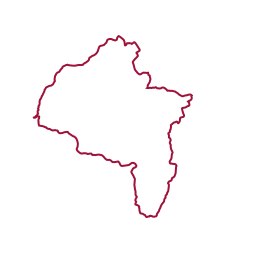 Hualgayoc, Cajamarca, Peru (Albers equal-area conic projection), rotated 234°
{"feature_id": "86281439B40192866337915", "entity_name": "Hualgayoc", "entity_type": "district", "adm_level": 2, "iso_a3": "PER", "parent_name": "Peru", "parent_adm1": "Cajamarca", "projection": "albers", "projection_center": [-78.549, -6.714], "detail": "fine", "context": "isolated", "style": "outline", "palette": "rose", "viewbox_px": 256, "rotation_deg": 234, "n_neighbors": 0, "source": "geoboundaries", "source_scale": "gbopen_adm2", "svg_char_len": 5852}
<svg xmlns="http://www.w3.org/2000/svg" viewBox="0 0 256 256"><g transform="rotate(234 128 128)"><path d="M184.3,183.3L184.6,183.5L191.0,183.9L192.2,183.9L193.1,183.8L193.6,183.5L193.8,183.3L193.8,180.6L194.0,180.6L194.8,180.1L195.2,179.5L196.0,178.9L196.3,178.1L197.1,177.0L196.3,175.2L196.4,174.4L196.6,174.2L197.0,174.3L199.8,175.8L201.1,176.2L202.1,176.3L206.0,175.3L207.5,174.7L207.8,174.5L207.8,173.8L207.7,173.2L207.2,172.1L206.5,171.5L206.1,170.9L206.1,170.0L206.3,169.2L208.4,167.5L209.4,167.1L210.0,166.5L210.6,165.8L211.3,164.3L211.3,163.7L211.3,162.9L209.8,160.7L209.3,157.2L210.5,154.1L210.7,153.1L210.5,152.3L207.9,148.7L207.4,147.6L206.8,145.5L206.8,143.6L206.9,142.8L207.4,141.5L207.3,139.3L207.5,138.6L207.3,137.7L206.1,136.3L205.8,135.5L205.7,132.2L205.9,131.6L206.0,129.9L205.9,129.4L205.6,128.8L206.5,127.0L207.9,125.3L209.2,122.5L210.2,120.8L212.4,118.3L214.3,116.4L214.6,116.3L214.8,116.2L215.3,114.9L215.9,111.9L215.9,111.1L215.1,109.8L214.9,107.8L214.5,107.3L213.9,105.3L213.9,104.9L214.2,104.0L214.3,103.3L214.1,102.1L213.8,101.3L213.3,100.6L213.0,99.7L211.1,97.7L210.6,97.4L210.2,96.9L209.0,96.5L208.1,94.3L207.4,93.0L207.4,90.9L208.2,89.4L208.9,85.9L208.8,85.3L208.2,84.1L207.9,83.0L207.3,82.4L206.7,81.7L206.5,81.1L206.2,80.7L205.3,78.9L204.7,78.0L204.6,77.3L204.3,77.0L204.0,76.3L203.5,75.7L202.8,74.4L202.8,73.8L202.5,73.5L202.1,72.8L201.4,72.0L200.0,71.1L199.2,70.3L198.6,69.6L198.6,69.0L198.1,68.3L197.3,68.0L196.7,66.7L196.2,66.5L195.7,66.5L195.2,66.3L195.0,65.3L194.3,64.4L193.7,64.2L193.2,63.8L192.4,63.6L192.4,62.8L192.2,62.5L191.7,62.2L191.6,61.8L191.8,60.6L191.4,59.2L191.5,58.7L191.9,57.9L191.8,57.3L191.6,57.9L190.8,59.2L190.9,59.9L190.8,60.5L190.9,61.2L190.5,61.8L189.9,62.3L189.6,62.8L189.4,62.8L189.0,62.6L188.6,62.2L188.1,61.7L187.7,60.8L186.2,59.5L185.1,59.0L184.6,58.5L183.3,57.9L182.3,57.5L182.1,57.6L181.7,58.1L180.4,59.2L179.9,59.9L178.5,60.9L177.8,61.1L176.9,62.0L176.5,62.2L175.9,62.1L175.4,62.2L175.1,62.5L174.2,62.9L173.7,63.6L173.0,64.2L171.3,64.9L170.6,65.4L170.1,66.0L169.1,67.8L168.1,68.6L167.4,69.4L166.6,69.5L165.9,69.2L165.3,69.1L163.9,69.7L163.6,70.0L162.5,72.1L162.0,73.9L161.1,75.7L160.3,76.9L158.6,76.9L157.5,77.3L153.5,78.8L152.6,79.5L151.0,79.9L149.5,79.9L147.3,79.4L144.7,78.2L142.5,76.2L141.1,74.1L140.1,73.7L139.2,73.7L137.2,74.1L135.5,74.7L134.6,75.5L134.2,76.0L133.7,77.2L133.1,78.1L131.7,79.6L130.7,80.0L130.5,80.3L129.7,82.1L128.9,83.2L128.5,83.3L127.2,83.3L126.9,83.5L126.4,84.5L125.3,85.6L124.5,87.3L123.6,88.8L122.5,89.9L121.4,90.8L120.6,91.1L119.3,91.4L117.0,91.5L114.9,92.0L113.7,93.3L113.2,94.3L111.6,95.1L110.0,95.3L109.3,95.7L108.7,96.6L108.2,97.1L106.8,100.2L106.6,100.4L105.1,100.6L103.5,100.3L102.1,100.1L101.4,100.4L100.8,100.8L97.8,106.4L97.5,107.5L97.5,110.5L96.9,111.6L95.8,112.4L94.7,112.8L92.8,112.7L92.2,112.3L91.9,111.6L91.9,110.5L92.2,109.6L92.2,108.1L90.7,105.0L89.7,104.6L86.3,104.3L84.6,103.9L83.2,103.8L82.2,103.2L78.2,99.7L75.5,98.3L74.8,97.8L72.6,97.0L69.5,94.9L69.1,94.7L67.2,94.7L66.9,94.3L65.8,92.0L65.4,91.6L64.9,91.3L63.6,91.3L62.3,89.4L61.9,89.1L61.3,89.3L60.0,90.3L58.3,90.9L57.9,90.9L57.0,90.1L56.4,90.0L54.5,88.8L52.6,88.1L51.9,87.9L51.7,87.9L51.3,88.2L50.1,89.4L48.3,90.1L47.7,90.6L46.8,90.5L45.4,90.5L45.2,90.6L44.8,91.2L44.5,92.5L44.0,93.1L44.0,93.6L44.1,94.1L44.0,94.4L43.3,94.8L42.8,95.5L41.8,95.9L40.7,97.3L40.1,98.8L40.1,99.2L40.5,100.0L41.5,101.0L42.6,104.2L43.7,105.6L44.5,107.3L45.6,108.8L46.6,111.0L47.2,113.5L47.6,114.2L48.5,115.0L49.0,115.7L49.4,116.4L49.4,117.1L49.7,117.5L50.9,118.4L51.3,119.0L51.4,120.0L51.7,120.8L52.5,121.5L52.8,122.0L53.0,122.9L53.6,123.7L56.9,126.8L58.0,127.7L58.7,127.9L59.7,127.9L60.2,128.4L60.6,129.9L60.3,131.0L60.1,132.0L60.2,132.5L61.6,134.3L61.4,136.1L61.7,137.4L63.4,139.9L68.1,143.9L68.9,145.0L69.5,145.2L70.4,145.1L71.0,144.9L71.6,144.4L73.1,142.7L73.7,142.3L74.2,141.5L74.5,141.3L74.9,141.3L75.5,141.5L76.4,142.0L76.8,142.8L77.3,144.2L78.0,145.4L80.9,148.0L81.9,149.6L82.5,149.9L85.0,150.3L86.6,150.9L88.2,151.8L89.1,152.6L91.2,153.0L91.7,153.3L92.6,154.7L93.1,155.4L93.9,155.7L94.8,155.9L96.3,155.6L98.3,157.0L99.1,157.1L99.9,157.4L100.1,157.8L100.1,159.4L100.4,159.7L101.3,160.4L101.6,160.8L101.6,161.3L102.2,162.0L103.8,163.6L104.8,164.1L105.2,164.6L105.3,165.2L105.2,166.3L105.5,167.8L105.5,168.2L104.9,169.6L104.7,170.9L104.4,171.3L103.8,171.4L102.6,171.3L102.3,171.7L102.4,172.3L102.8,173.3L103.4,174.2L104.0,174.8L104.9,175.5L105.3,175.9L105.4,176.3L105.4,177.1L104.7,178.7L104.5,179.6L104.6,180.1L104.9,180.5L105.7,180.9L108.2,181.5L111.9,183.0L112.1,183.3L112.2,183.8L111.0,186.2L110.7,187.2L110.7,188.7L110.6,189.1L110.3,189.7L110.2,190.2L110.3,190.6L110.6,191.3L112.5,192.2L113.1,192.3L114.1,192.1L114.1,193.2L113.8,194.1L113.8,195.2L114.1,196.5L114.8,197.2L115.6,197.7L116.4,197.9L116.7,198.2L116.8,198.7L118.1,198.4L119.0,197.3L119.5,196.2L119.9,194.8L120.7,193.4L121.4,191.1L121.8,190.6L122.8,190.0L123.4,189.8L124.6,189.1L127.0,188.6L127.6,188.4L128.5,187.9L129.2,187.8L129.9,187.5L130.8,186.6L132.0,185.7L133.4,183.7L134.2,183.2L134.7,182.1L135.1,181.8L135.4,181.7L136.0,181.8L137.1,181.6L138.1,181.2L139.0,181.1L139.8,180.5L140.7,179.4L140.7,178.0L141.2,177.2L141.5,176.6L142.6,175.4L143.1,175.0L144.5,174.5L144.8,174.3L144.9,173.5L145.3,172.6L145.8,172.2L146.2,171.7L146.4,170.8L146.6,170.4L147.4,169.8L148.3,168.0L149.1,167.1L149.2,167.7L149.4,168.0L149.8,168.1L151.0,169.2L152.3,172.4L154.2,174.7L155.1,175.3L156.2,175.5L156.7,175.9L157.3,176.3L158.1,176.2L158.8,175.9L159.0,175.8L160.9,176.7L161.4,175.7L162.7,174.3L163.6,173.1L163.9,172.4L164.0,170.6L164.2,169.4L164.8,168.7L166.4,168.2L167.8,168.0L168.8,168.1L169.5,167.9L171.5,168.0L176.3,169.9L178.3,170.5L178.6,170.7L178.9,171.4L179.5,173.3L180.3,177.9L180.6,178.4L181.3,178.7L182.8,179.0L183.3,178.9L183.6,178.9L183.9,179.1L184.0,179.5L183.7,182.6L184.3,183.3Z" fill="none" stroke="#9f1239" stroke-width="2"/></g></svg>